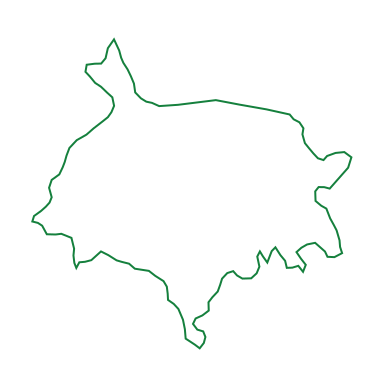 Cosmópolis, São Paulo, Brazil, rotated 357°
{"feature_id": "56859067B61325650388807", "entity_name": "Cosmópolis", "entity_type": "district", "adm_level": 2, "iso_a3": "BRA", "parent_name": "Brazil", "parent_adm1": "São Paulo", "projection": "albers", "projection_center": [-47.186, -22.652], "detail": "fine", "context": "isolated", "style": "outline", "palette": "green", "viewbox_px": 384, "rotation_deg": 357, "n_neighbors": 0, "source": "geoboundaries", "source_scale": "gbopen_adm2", "svg_char_len": 1912}
<svg xmlns="http://www.w3.org/2000/svg" viewBox="0 0 384 384"><g transform="rotate(357 192 192)"><path d="M178.0,338.1L182.4,341.3L187.0,344.7L191.5,348.5L195.9,343.4L197.8,337.5L195.9,331.8L190.1,329.7L186.1,323.8L189.0,318.5L195.9,315.8L202.5,311.3L202.7,303.0L206.8,298.2L212.5,292.7L215.3,286.1L217.5,280.1L223.0,274.8L229.0,273.2L232.6,277.7L237.8,281.1L246.6,281.3L252.3,276.6L255.4,270.1L253.8,259.9L256.7,254.9L259.5,260.1L263.5,266.4L268.5,255.2L272.4,251.6L277.0,259.7L281.4,265.6L282.7,272.7L288.2,272.8L294.3,271.3L298.7,277.5L301.8,270.7L297.4,264.4L293.2,257.5L298.3,253.4L304.2,250.4L312.3,249.2L321.7,258.4L323.9,263.8L330.8,264.5L338.7,260.9L337.0,254.6L336.8,248.0L334.4,237.9L331.9,232.4L328.6,225.6L325.3,215.6L320.4,212.5L314.9,207.4L315.1,197.8L318.7,193.7L324.4,194.1L329.7,195.8L349.2,175.9L353.0,165.7L346.2,160.1L337.4,160.5L328.8,163.1L325.0,167.0L319.5,164.9L315.2,159.8L311.0,154.2L307.3,149.1L305.3,140.2L306.6,134.2L302.9,128.0L297.3,124.7L293.6,119.7L270.8,113.4L243.9,107.2L220.6,101.5L182.6,104.2L163.7,104.5L156.7,100.9L151.1,99.4L145.9,95.8L140.5,89.6L139.7,80.7L137.1,73.4L134.1,66.2L130.2,59.4L128.3,54.3L126.7,46.9L122.1,35.5L115.5,44.0L112.7,53.9L108.0,59.0L101.5,58.8L93.5,59.4L91.9,66.4L96.2,71.5L101.0,78.0L106.7,82.2L112.5,88.4L117.4,93.3L118.7,101.9L115.7,108.1L111.9,112.9L106.6,116.7L97.1,123.3L89.6,129.2L79.6,134.2L71.9,141.6L68.6,149.1L66.5,155.3L64.2,160.5L60.4,167.5L52.5,172.6L49.5,180.3L51.6,189.9L49.2,195.1L45.3,199.0L40.3,203.0L33.0,207.7L31.0,213.1L36.5,214.8L40.6,217.8L44.8,226.6L53.6,227.3L59.3,226.9L69.2,231.5L71.3,242.5L70.3,249.2L70.8,256.7L72.5,261.8L75.8,256.3L81.5,256.1L87.9,254.8L98.0,246.6L105.2,250.7L113.1,256.3L118.2,258.1L125.4,260.3L130.9,265.6L144.8,268.5L150.9,273.8L158.9,279.5L161.9,285.2L162.4,292.3L162.4,298.5L167.9,302.8L172.3,308.1L176.3,319.1L177.7,328.6L178.0,338.1Z" fill="none" stroke="#15803d" stroke-width="2"/></g></svg>